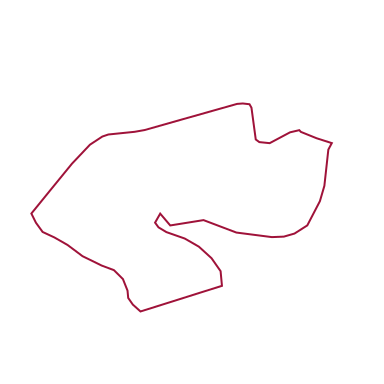 Djibouti, Robinson projection, rotated 43°
{"feature_id": "DJI", "entity_name": "Djibouti", "entity_type": "country or territory", "adm_level": 0, "iso_a3": "DJI", "parent_name": "Africa", "parent_adm1": "", "projection": "robinson", "projection_center": [42.635, 11.825], "detail": "fine", "context": "isolated", "style": "outline", "palette": "rose", "viewbox_px": 384, "rotation_deg": 43, "n_neighbors": 0, "source": "natural_earth", "source_scale": "50m", "svg_char_len": 819}
<svg xmlns="http://www.w3.org/2000/svg" viewBox="0 0 384 384"><g transform="rotate(43 192 192)"><path d="M277.9,240.2L266.6,260.1L252.2,285.6L235.8,314.5L225.5,314.7L217.6,313.0L212.1,308.1L200.9,302.8L188.2,302.4L176.1,307.4L155.7,313.6L137.2,315.6L122.3,319.1L110.0,323.1L98.8,320.9L89.2,317.3L87.1,286.5L84.9,253.1L85.1,227.0L88.6,212.6L91.6,207.0L109.0,187.1L115.1,179.0L135.0,146.1L152.1,117.9L164.9,96.8L168.8,92.6L174.2,88.6L178.0,89.8L202.8,110.1L207.2,109.6L215.5,103.3L223.0,81.5L228.3,73.6L230.6,73.8L246.5,67.7L260.9,60.9L262.8,68.0L284.6,97.2L291.8,111.5L299.1,137.8L295.3,152.5L289.6,162.0L281.2,170.5L252.1,191.4L219.6,204.7L198.9,231.3L183.5,229.5L185.9,239.6L191.6,240.7L200.6,238.8L218.4,231.0L234.3,227.3L251.4,227.1L266.9,230.4L277.9,240.2Z" fill="none" stroke="#9f1239" stroke-width="2"/></g></svg>